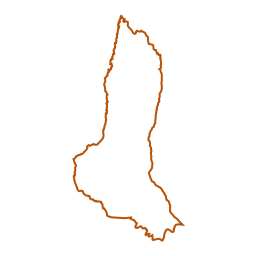 Butha-Buthe (Leribe District), Leribe, Lesotho (Equal Earth projection)
{"feature_id": "5366337B16917796092700", "entity_name": "Butha-Buthe (Leribe District)", "entity_type": "district", "adm_level": 2, "iso_a3": "LSO", "parent_name": "Lesotho", "parent_adm1": "Leribe", "projection": "equal_earth", "projection_center": [28.227, -28.764], "detail": "fine", "context": "isolated", "style": "outline", "palette": "amber", "viewbox_px": 256, "rotation_deg": 0, "n_neighbors": 0, "source": "geoboundaries", "source_scale": "gbopen_adm2", "svg_char_len": 5826}
<svg xmlns="http://www.w3.org/2000/svg" viewBox="0 0 256 256"><path d="M182.5,224.7L178.9,221.1L177.3,219.1L174.0,216.6L173.4,215.4L171.6,213.8L170.8,212.7L170.4,212.1L170.1,210.8L169.9,207.6L170.3,206.7L170.3,205.9L169.5,204.1L169.1,202.1L168.6,201.3L167.7,200.5L166.9,200.2L166.4,199.3L166.1,198.0L166.1,197.1L165.9,196.2L164.9,194.8L164.3,193.2L162.5,190.8L161.1,188.3L160.4,187.8L158.1,186.5L157.2,185.8L155.6,185.1L154.0,182.3L152.1,181.4L151.7,180.8L150.9,178.7L150.2,177.3L150.0,176.1L149.1,174.1L149.0,172.9L149.2,172.2L151.5,169.0L152.1,167.8L152.1,165.7L152.5,164.4L152.3,162.8L151.6,160.8L151.2,159.4L151.3,157.4L151.4,156.2L151.0,154.8L150.9,153.5L150.9,152.7L151.3,151.8L151.4,150.6L151.2,150.4L150.9,149.8L151.1,149.2L151.1,148.0L149.8,145.5L150.1,144.4L150.0,143.0L149.7,141.6L149.2,140.7L148.6,140.4L148.3,139.8L148.8,137.3L149.5,135.9L149.5,133.8L150.7,130.9L151.6,129.7L152.5,127.4L153.2,127.2L153.9,126.6L154.3,124.4L155.3,123.1L155.2,121.1L155.6,118.9L155.6,116.9L155.8,116.2L155.9,113.3L156.4,112.4L156.4,111.2L156.3,110.4L156.5,109.9L157.1,109.4L156.8,108.3L157.1,106.7L158.0,104.9L158.2,102.8L158.8,102.3L159.3,101.3L159.4,100.9L159.1,99.8L159.0,98.7L159.5,97.7L159.7,97.1L159.7,95.1L159.5,94.4L159.9,93.3L160.9,91.6L161.4,90.5L161.8,89.0L161.8,86.3L161.4,83.3L161.8,80.6L161.8,75.1L161.6,73.5L160.7,72.0L160.4,69.5L159.5,69.1L160.2,68.7L161.1,67.1L160.6,65.2L161.1,64.6L161.0,61.6L160.5,59.7L160.8,59.0L160.2,58.4L160.4,57.4L160.5,55.3L160.0,54.6L159.6,54.6L159.0,55.2L158.2,54.5L157.8,53.3L157.0,53.6L155.8,50.0L154.7,50.0L153.5,48.9L153.4,46.6L153.2,45.5L152.3,44.7L148.9,44.0L147.9,40.3L148.1,38.2L147.7,36.8L146.5,35.8L145.0,32.8L143.0,31.7L141.7,31.4L141.2,30.7L140.2,31.6L138.5,31.5L137.1,30.7L136.1,31.6L135.9,32.9L135.4,33.7L134.5,33.8L133.3,33.1L131.6,30.1L129.6,28.2L128.0,26.2L127.7,25.5L127.9,24.3L127.8,22.1L126.3,21.4L124.9,21.5L124.1,22.0L123.4,21.4L123.2,20.8L123.9,20.2L124.5,20.2L124.7,19.2L123.8,18.9L121.9,17.4L121.6,15.7L121.7,15.4L120.7,16.4L120.8,17.4L120.9,17.7L120.5,18.0L120.4,18.3L120.7,18.6L119.8,19.4L119.5,20.1L120.0,21.4L119.9,22.0L119.7,22.1L119.3,21.7L118.9,21.8L118.7,22.2L118.7,22.8L118.9,23.2L118.8,23.8L118.5,24.1L118.4,23.8L118.2,23.9L118.0,24.4L118.3,26.0L118.2,26.5L118.5,26.6L119.1,26.3L119.3,26.7L119.0,27.7L118.7,27.9L118.4,28.4L118.1,28.5L117.9,29.0L118.2,29.4L117.6,32.5L117.7,33.4L117.5,33.8L117.2,33.7L116.8,34.2L116.9,35.1L117.1,35.8L117.1,36.6L117.2,37.2L117.1,37.5L116.4,38.0L116.2,39.9L116.4,41.4L116.1,41.6L115.9,42.1L116.0,43.0L115.6,43.0L115.3,42.7L115.0,42.9L114.8,43.3L115.0,44.3L114.9,44.9L115.3,46.0L115.0,46.9L115.1,47.7L114.4,48.4L114.2,49.4L113.8,49.7L113.7,50.1L113.9,50.3L113.6,51.4L114.2,52.4L114.2,54.0L113.8,54.1L113.3,53.8L113.1,54.0L112.7,56.3L112.6,56.8L112.2,57.0L112.1,57.6L112.1,58.2L112.3,58.5L111.8,58.5L111.6,58.9L111.4,59.8L110.9,59.7L110.3,61.2L110.7,63.1L110.3,63.4L110.1,64.2L110.3,64.3L110.7,63.9L111.3,63.8L111.2,64.1L111.3,64.4L111.9,64.9L112.2,66.0L112.2,66.4L111.1,67.4L111.0,67.8L111.2,68.8L110.9,69.4L110.4,69.6L109.4,69.8L108.9,69.4L108.6,69.4L108.3,69.7L108.9,70.7L109.3,70.6L109.4,70.9L109.0,71.8L108.1,72.0L107.9,72.4L107.6,73.1L107.8,73.9L107.4,74.3L107.5,75.1L107.4,75.7L106.6,76.0L106.1,77.1L105.6,77.4L104.8,78.4L105.3,79.9L105.2,81.8L104.5,83.1L104.4,84.0L104.1,84.8L104.9,86.5L104.8,87.8L105.1,88.6L105.3,90.3L105.2,91.2L106.4,92.1L106.8,94.0L107.5,94.5L106.7,95.8L106.7,96.8L106.8,99.2L107.2,100.7L107.0,101.3L107.8,102.1L107.0,103.2L106.4,103.4L106.6,104.2L107.0,104.7L107.0,106.0L106.7,106.9L107.0,107.8L106.7,108.9L106.3,109.8L106.4,110.3L107.0,110.5L107.1,111.6L106.8,113.1L106.2,112.8L105.7,113.8L105.9,116.0L105.5,117.0L106.1,119.0L106.1,120.1L105.6,121.9L105.6,123.2L105.4,123.4L105.5,123.9L104.7,125.4L104.3,127.5L103.7,129.7L103.3,129.8L103.2,131.3L103.5,135.7L103.4,136.7L102.6,138.7L99.8,141.9L98.4,143.2L97.4,144.5L95.7,144.8L94.0,144.4L93.5,144.0L93.2,144.5L91.9,144.7L89.9,145.8L89.4,145.7L88.6,145.1L88.2,145.5L87.4,146.0L87.2,146.5L87.2,147.1L87.4,147.6L87.3,148.1L86.4,149.8L85.3,150.8L84.9,151.4L84.0,151.9L83.4,153.0L81.7,154.1L81.3,154.0L81.2,154.4L80.1,154.6L79.3,155.1L78.8,155.0L78.2,155.1L77.9,155.6L75.9,156.4L75.8,157.3L75.4,157.8L74.8,158.4L73.6,158.9L73.5,159.3L73.9,160.3L74.0,161.0L74.5,162.6L75.1,163.2L75.3,164.3L76.0,165.4L76.0,166.1L75.6,166.6L75.1,167.6L75.1,168.3L75.3,169.3L75.3,170.8L74.9,171.3L74.6,172.4L75.1,172.9L75.1,173.2L74.8,173.7L74.8,175.6L73.9,175.6L73.8,177.1L73.8,177.6L74.3,178.6L74.2,179.3L74.2,179.9L74.6,180.7L74.7,181.9L77.0,187.5L77.4,189.2L78.0,190.2L78.5,190.7L79.2,191.1L79.8,191.1L82.0,190.6L82.4,190.8L83.0,191.7L83.2,192.3L83.2,193.0L85.1,194.9L86.3,195.6L87.4,195.6L88.2,195.8L88.4,196.1L88.9,195.9L89.4,196.1L89.7,196.4L90.0,198.1L90.8,199.2L91.2,199.3L92.1,199.3L92.4,199.6L93.3,199.5L93.8,200.4L94.8,201.2L95.3,201.1L96.0,200.7L96.3,200.8L96.3,201.2L96.5,201.5L97.7,201.6L98.8,201.4L100.4,201.6L101.2,202.0L101.2,202.7L101.3,203.0L101.9,203.5L102.5,204.6L102.8,207.8L103.2,208.5L104.2,208.4L106.6,212.4L107.1,215.6L108.1,216.2L111.1,217.3L125.1,218.2L131.0,217.5L130.5,218.7L132.4,219.6L134.1,220.2L134.8,221.0L135.3,222.1L136.0,222.7L136.8,223.1L136.6,224.0L135.4,226.5L135.4,227.4L136.4,227.9L137.3,227.9L138.5,227.4L139.6,226.7L140.5,226.3L141.2,226.4L142.2,227.9L143.2,228.6L144.6,228.0L145.4,228.3L146.1,228.9L146.1,229.5L146.5,230.1L147.1,230.2L147.1,231.2L146.7,232.1L146.0,233.0L145.6,234.3L145.7,235.0L148.9,233.7L149.3,233.8L148.6,234.8L148.5,236.3L149.3,236.6L150.3,236.3L152.3,235.2L152.3,236.1L152.6,236.9L152.5,239.6L153.1,240.0L158.7,238.7L160.4,239.3L161.8,240.6L162.8,240.1L163.3,238.5L164.0,237.4L164.3,234.6L164.9,232.5L166.2,230.1L167.8,229.2L170.3,230.5L171.2,231.5L172.8,232.1L174.0,230.6L173.7,228.9L174.5,227.8L174.7,226.3L176.0,224.8L178.3,224.3L182.5,224.7Z" fill="none" stroke="#b45309" stroke-width="2"/></svg>